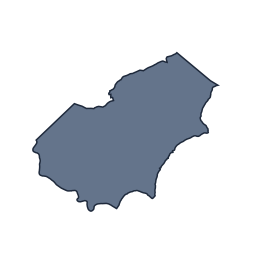 the district of Saphire, Laborie, Saint Lucia, rotated 305°
{"feature_id": "8701671B62248544319556", "entity_name": "Saphire", "entity_type": "district", "adm_level": 2, "iso_a3": "LCA", "parent_name": "Saint Lucia", "parent_adm1": "Laborie", "projection": "orthographic", "projection_center": [-61.013, 13.757], "detail": "fine", "context": "isolated", "style": "filled", "palette": "slate", "viewbox_px": 256, "rotation_deg": 305, "n_neighbors": 0, "source": "geoboundaries", "source_scale": "gbopen_adm2", "svg_char_len": 5783}
<svg xmlns="http://www.w3.org/2000/svg" viewBox="0 0 256 256"><g transform="rotate(305 128 128)"><path d="M217.7,124.8L216.1,124.5L214.4,123.4L212.2,122.3L210.9,121.2L210.5,120.8L209.5,120.0L209.0,119.5L208.5,119.2L207.1,119.4L206.8,119.5L205.9,120.4L205.4,120.9L204.8,121.8L204.2,122.4L203.9,121.6L203.5,120.9L203.3,119.9L202.9,118.3L202.6,117.9L202.4,117.8L201.9,117.3L199.4,115.7L198.4,115.1L196.4,114.3L195.0,113.5L193.4,112.8L191.9,111.9L191.0,111.3L189.0,110.0L187.1,109.1L183.8,107.8L182.2,104.6L179.5,103.0L178.3,102.3L177.4,101.7L176.0,100.9L175.3,100.5L174.8,99.9L174.3,99.3L173.7,98.7L171.7,97.7L171.4,97.5L170.1,96.7L168.3,95.3L167.8,94.9L166.5,94.4L166.0,94.4L165.0,94.5L164.0,94.5L163.6,94.6L162.7,94.0L161.7,93.8L160.9,93.3L159.5,92.9L157.3,92.8L156.0,92.8L154.3,93.5L153.5,93.7L152.6,93.7L151.6,93.7L150.1,92.9L148.7,92.3L148.1,91.8L147.3,92.3L146.2,92.5L145.6,92.3L145.0,92.6L144.5,93.3L144.9,94.0L145.7,94.6L144.7,95.4L143.6,95.9L142.9,96.6L143.8,97.2L144.1,97.7L144.0,98.1L143.2,99.0L142.2,100.4L139.7,98.3L138.5,97.7L136.5,97.0L133.6,96.7L132.9,96.5L131.6,95.8L130.7,95.4L129.4,92.6L128.8,91.5L127.4,90.3L126.1,89.6L125.6,89.2L124.3,88.9L122.9,86.5L120.1,82.6L119.5,77.9L118.5,74.8L118.0,73.1L117.2,70.1L65.4,59.7L65.2,60.2L64.7,61.0L64.1,61.5L63.7,61.7L63.1,61.9L62.0,62.0L60.4,62.0L57.7,61.9L57.0,62.0L56.5,62.1L55.9,62.4L54.9,63.2L54.7,63.7L54.6,64.2L54.6,64.7L55.0,66.8L55.4,67.7L55.5,68.1L55.5,68.9L55.5,69.5L55.4,69.9L55.1,70.4L54.9,70.7L54.3,71.4L53.4,72.1L52.7,72.7L52.2,73.5L51.3,74.5L50.8,74.9L50.5,75.1L48.9,75.8L48.2,76.1L47.9,76.1L47.6,76.3L47.1,76.7L46.0,77.6L45.1,78.2L43.6,79.1L43.2,79.3L42.2,79.9L40.9,80.5L40.2,81.0L39.7,81.5L39.5,81.8L39.3,82.1L39.2,82.5L39.1,83.2L39.2,83.7L39.5,84.9L39.8,85.7L40.3,86.4L40.5,86.8L41.4,88.7L41.6,89.7L41.7,90.9L41.7,91.9L41.8,92.9L41.8,93.6L41.6,95.5L41.6,97.5L41.5,98.1L41.1,99.9L40.6,101.5L40.5,102.3L40.5,105.4L40.5,106.2L40.5,107.6L40.6,108.4L40.7,109.0L40.9,110.3L41.5,113.5L41.7,114.1L41.8,114.5L42.7,115.9L43.4,116.7L44.0,117.7L44.7,118.1L44.9,118.5L46.2,120.0L46.7,121.0L46.7,122.1L46.3,123.1L46.0,123.4L45.6,123.9L44.5,125.6L43.6,126.7L42.8,127.3L42.1,127.5L41.1,127.2L40.4,127.2L39.9,127.4L39.4,128.1L39.3,129.2L39.5,130.1L40.4,131.5L41.4,132.3L42.6,133.3L43.8,134.3L44.2,135.3L44.3,136.3L44.0,137.0L41.9,138.3L40.2,139.9L39.1,141.4L38.6,142.2L38.3,143.5L38.4,144.7L38.7,145.4L39.5,146.0L40.8,146.4L41.7,146.5L43.0,146.0L44.0,145.4L44.9,145.2L46.1,145.4L47.4,146.0L48.4,146.7L49.3,147.7L50.7,149.3L51.3,150.3L53.5,153.1L54.0,153.9L54.7,155.6L55.1,158.4L55.1,160.0L55.4,164.1L55.4,164.6L55.5,164.9L56.9,164.9L58.0,164.8L59.1,164.9L60.1,164.7L60.8,164.4L62.5,164.0L63.5,163.7L65.2,163.7L65.7,163.6L66.5,163.5L67.2,163.6L69.4,163.6L71.6,163.9L72.3,164.2L72.7,164.4L73.5,165.1L73.8,165.2L74.4,165.2L76.2,166.2L76.7,166.5L77.4,167.0L78.1,167.8L78.5,168.1L79.8,168.8L80.2,169.2L80.8,170.0L81.0,170.2L81.4,170.5L81.9,171.1L82.0,171.3L82.3,172.0L82.4,172.6L82.9,174.2L83.0,174.9L83.4,176.4L83.5,176.9L83.8,177.9L84.1,178.4L84.5,179.5L84.7,180.1L84.8,180.4L84.9,181.3L84.8,181.8L84.7,182.2L84.5,182.4L84.4,182.6L84.4,183.1L84.5,183.7L84.5,184.2L84.5,184.7L84.4,185.1L84.3,185.9L84.1,187.3L84.1,187.9L84.2,188.3L84.5,188.5L84.9,188.7L87.7,189.1L88.0,189.0L88.4,188.8L88.5,188.4L88.8,188.2L89.6,187.7L90.0,187.5L90.3,187.4L90.6,187.3L92.1,186.0L93.1,185.4L93.6,185.2L94.4,184.9L95.4,184.3L96.3,183.7L96.8,183.3L97.1,182.8L97.7,182.3L97.9,182.3L98.8,182.1L100.5,181.2L101.7,180.6L103.4,180.1L104.0,180.0L105.6,179.4L105.8,179.3L106.2,179.0L106.9,178.6L107.4,178.5L108.0,178.4L108.6,178.3L109.5,178.2L110.6,178.1L111.0,178.2L112.1,178.3L112.4,178.2L112.6,178.1L112.8,177.6L113.0,177.0L113.2,176.9L113.3,177.0L113.5,177.2L113.6,177.4L113.9,177.6L114.3,177.7L114.5,177.7L115.3,177.3L117.0,177.4L119.5,177.7L121.9,177.5L122.7,177.3L122.9,177.3L123.2,177.4L123.9,177.6L124.3,177.8L124.6,177.8L125.0,177.7L125.3,177.6L125.6,177.7L125.9,177.8L126.3,178.3L126.6,178.2L126.9,177.8L127.1,177.8L128.3,177.5L128.6,177.5L129.0,177.7L129.4,177.6L129.9,177.3L130.3,177.2L130.8,177.2L131.2,177.2L131.8,177.3L132.6,177.6L133.1,177.9L133.5,178.1L133.5,178.3L133.6,178.7L133.8,178.8L133.9,178.7L134.2,178.5L134.5,177.7L135.0,177.6L135.9,178.3L136.3,178.6L136.6,178.7L137.4,178.5L137.9,178.2L138.2,178.1L139.0,178.0L139.5,177.9L140.2,177.9L140.6,177.9L142.3,178.1L143.1,178.4L143.5,178.6L144.0,178.8L145.7,179.3L147.0,179.9L147.9,180.5L148.8,181.0L149.8,181.3L150.2,181.5L150.9,181.7L152.2,182.4L152.9,182.8L155.1,184.4L155.9,184.9L157.4,185.5L158.9,186.3L159.6,186.8L160.1,187.4L160.4,187.9L160.8,189.3L161.1,189.8L161.5,190.4L161.7,190.6L162.1,190.8L162.5,191.0L162.8,191.2L163.3,191.3L164.4,191.6L164.6,191.7L166.2,192.4L167.3,193.0L167.8,193.4L168.2,193.9L168.5,194.6L168.7,195.0L169.1,195.6L169.4,195.9L169.8,196.2L170.3,196.3L170.6,196.2L170.8,195.8L171.3,195.3L171.9,195.1L172.0,194.8L172.3,194.6L172.7,194.4L173.2,193.9L173.3,193.7L173.4,193.4L173.6,192.4L173.8,192.2L174.7,190.6L174.8,189.9L174.7,189.1L174.7,188.5L174.7,188.1L174.8,187.2L175.1,186.0L175.3,185.5L175.7,184.6L175.9,183.3L176.0,183.1L176.3,182.9L176.6,182.6L176.8,182.2L177.1,181.8L178.1,181.1L178.8,181.1L179.1,181.1L179.4,181.1L180.2,180.6L180.8,180.0L182.1,179.4L182.6,179.2L183.3,179.2L186.3,178.0L186.9,177.8L187.7,177.7L188.2,177.7L190.2,177.5L191.1,177.4L191.3,177.4L192.0,177.4L193.0,177.2L194.4,177.3L194.8,177.4L196.4,177.6L196.6,177.6L197.1,177.3L197.5,177.3L199.0,177.7L200.2,177.7L200.6,177.7L201.2,177.4L201.5,177.1L202.0,176.9L202.4,176.9L202.7,176.8L203.1,176.3L203.5,176.1L204.9,175.5L207.3,175.2L208.4,174.7L208.7,174.4L209.4,174.2L209.8,174.2L210.3,174.3L210.7,174.5L211.2,174.8L211.7,175.2L212.1,175.4L213.1,175.8L213.8,176.5L214.1,176.6L214.6,177.1L214.0,168.4L217.7,124.8Z" fill="#64748b" stroke="#1e293b" stroke-width="1.5"/></g></svg>